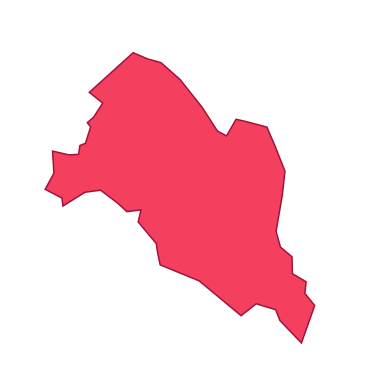 outline of Quezon City, rotated 103°
{"feature_id": "PHL-5549", "entity_name": "Quezon City", "entity_type": "Highly Urbanized City", "adm_level": 1, "iso_a3": "PHL", "parent_name": "Philippines", "parent_adm1": "", "projection": "orthographic", "projection_center": [121.079, 14.672], "detail": "fine", "context": "isolated", "style": "filled", "palette": "rose", "viewbox_px": 384, "rotation_deg": 103, "n_neighbors": 0, "source": "natural_earth", "source_scale": "10m", "svg_char_len": 757}
<svg xmlns="http://www.w3.org/2000/svg" viewBox="0 0 384 384"><g transform="rotate(103 192 192)"><path d="M275.0,46.9L314.5,51.4L297.4,77.5L287.9,83.9L286.5,104.4L301.5,116.3L277.0,165.0L270.2,206.6L257.9,212.3L250.4,215.1L233.3,237.7L221.0,237.7L225.8,251.1L219.7,261.7L210.8,281.4L216.3,296.2L234.7,314.6L227.2,317.4L222.4,335.7L204.7,330.8L183.5,337.1L183.5,320.2L180.8,311.0L171.9,311.7L168.5,306.8L151.4,305.4L148.0,309.6L141.2,304.7L125.5,299.0L118.0,314.5L69.5,280.7L72.3,265.5L72.9,251.4L85.2,228.8L107.1,201.3L126.9,180.9L129.6,171.0L111.2,165.4L111.2,155.5L111.9,133.6L128.3,121.6L150.8,106.1L174.6,103.3L211.5,101.2L225.8,93.4L232.6,80.0L249.0,75.8L253.8,60.6L265.4,59.2L275.0,46.9Z" fill="#f43f5e" stroke="#9f1239" stroke-width="1.5"/></g></svg>